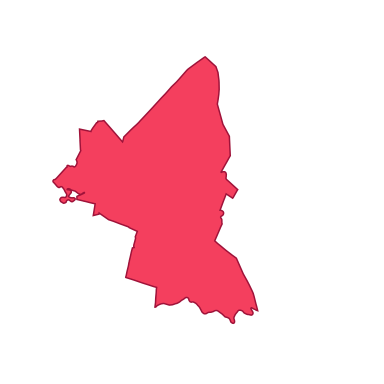 Giera, Timis, Romania, rotated 220°
{"feature_id": "2599482B15440248148719", "entity_name": "Giera", "entity_type": "district", "adm_level": 2, "iso_a3": "ROU", "parent_name": "Romania", "parent_adm1": "Timis", "projection": "natural_earth1", "projection_center": [20.968, 45.404], "detail": "fine", "context": "isolated", "style": "filled", "palette": "rose", "viewbox_px": 384, "rotation_deg": 220, "n_neighbors": 0, "source": "geoboundaries", "source_scale": "gbopen_adm2", "svg_char_len": 5889}
<svg xmlns="http://www.w3.org/2000/svg" viewBox="0 0 384 384"><g transform="rotate(220 192 192)"><path d="M304.8,114.5L304.8,114.4L304.8,113.8L305.6,112.8L305.8,112.3L305.8,112.0L305.7,111.4L305.6,111.1L305.2,110.7L304.9,110.5L301.8,110.1L299.0,109.6L297.9,109.6L297.3,109.7L297.1,109.8L296.8,109.9L296.3,110.5L296.2,111.2L296.1,111.5L295.7,112.0L295.3,112.2L294.4,112.4L293.9,112.3L293.3,112.1L291.8,111.8L291.4,111.6L290.7,111.3L289.6,110.8L287.0,109.9L286.3,109.5L286.0,109.1L285.7,108.5L285.4,107.6L285.4,107.1L285.4,106.6L285.6,106.4L286.0,106.0L287.1,105.3L287.6,104.9L288.4,104.1L288.5,103.8L288.6,103.6L288.7,103.2L288.7,102.8L288.7,102.3L288.6,102.0L288.4,101.4L288.2,101.1L287.0,100.5L286.0,100.3L285.8,100.4L283.6,100.7L283.1,100.9L282.9,101.1L282.2,102.2L281.9,103.0L281.9,103.3L282.2,103.9L282.3,104.2L282.4,104.9L282.3,105.4L282.0,106.1L281.8,106.4L281.5,106.6L281.0,106.8L280.4,106.9L278.3,107.0L278.2,107.1L277.6,107.5L277.4,107.7L277.2,108.0L277.0,109.0L276.7,110.3L276.7,110.9L276.8,111.2L277.0,111.5L277.2,111.8L277.4,111.9L278.0,111.8L278.4,111.8L278.8,111.7L279.7,110.8L280.7,110.0L281.4,109.6L282.0,109.4L282.4,109.3L283.2,109.2L283.7,109.2L283.9,109.3L284.0,109.7L284.0,110.7L284.1,111.5L284.1,112.9L284.1,113.8L284.4,114.3L284.7,114.7L285.5,115.1L286.0,115.2L286.3,115.2L286.8,115.0L287.5,114.7L287.9,114.4L288.7,113.8L288.9,113.7L289.1,113.6L289.4,113.8L289.4,114.2L289.3,114.6L289.0,114.9L288.7,115.2L288.2,115.5L287.2,115.8L286.4,115.8L285.5,116.0L282.5,117.4L281.5,117.6L278.5,117.7L277.7,117.8L276.2,118.3L275.7,118.7L275.4,119.1L275.0,120.2L274.8,121.3L274.5,122.0L274.3,122.4L274.2,122.4L273.9,122.3L273.8,122.1L274.0,121.5L275.1,119.1L275.5,118.2L276.4,116.7L277.2,115.1L277.3,114.9L277.3,114.6L275.4,112.3L269.9,115.1L269.4,115.3L267.3,116.4L262.9,118.5L258.6,120.7L255.4,115.4L252.5,110.5L249.0,115.3L249.6,116.2L238.1,117.2L233.3,119.1L226.0,121.6L218.1,124.5L217.4,124.3L215.4,124.8L208.6,126.7L206.6,121.1L206.0,120.8L205.6,120.5L204.1,117.5L202.5,114.0L201.5,112.7L200.8,112.4L200.6,112.3L201.7,110.9L200.1,107.5L197.7,102.9L196.1,99.7L195.7,98.9L195.5,98.7L194.8,97.2L193.6,95.2L193.0,94.1L190.7,89.4L188.7,85.7L188.0,84.1L187.9,84.0L187.7,84.0L180.5,87.0L170.9,90.7L166.1,92.7L160.6,94.9L157.8,96.2L156.5,94.2L154.8,92.0L151.5,87.3L148.9,83.9L146.4,80.0L146.0,80.3L145.8,80.8L145.7,81.2L145.7,81.8L145.7,82.5L145.3,83.4L144.7,84.8L143.8,86.4L143.3,87.0L142.3,88.2L141.5,88.7L136.7,90.8L135.4,92.1L134.4,93.2L133.0,95.6L132.2,96.7L132.0,96.9L131.3,98.5L131.1,99.0L130.8,100.0L130.6,100.9L130.5,101.8L130.3,102.5L129.5,104.7L129.4,105.4L129.1,106.6L129.0,107.0L128.7,107.4L128.4,107.7L127.8,108.1L127.3,108.3L127.0,108.3L126.4,108.2L126.2,108.2L125.6,107.8L124.7,107.2L124.3,107.0L123.5,106.8L123.0,106.7L122.3,106.9L121.9,107.1L121.5,107.4L121.3,107.7L121.1,108.0L120.5,108.5L119.6,108.8L119.0,108.9L117.5,109.2L115.9,109.1L115.3,109.0L114.7,108.8L113.7,108.8L112.1,108.5L110.8,108.0L108.4,107.0L107.3,106.5L105.8,106.4L105.1,106.4L104.4,106.6L103.9,106.9L103.7,107.1L103.3,107.5L102.9,108.0L102.7,108.5L102.5,109.4L102.2,110.0L101.8,110.6L100.4,111.9L99.9,112.5L98.8,114.2L98.3,115.6L98.0,116.0L97.4,116.7L97.0,117.0L96.4,117.4L95.6,117.5L95.0,117.6L93.3,117.7L90.4,117.9L86.4,117.6L85.3,118.1L84.6,118.5L83.9,118.7L82.7,119.0L82.4,119.0L81.8,118.9L81.0,118.7L79.2,117.7L78.7,117.4L77.7,117.4L76.9,117.5L76.5,117.6L75.9,118.0L75.6,118.6L75.6,118.8L75.6,119.1L75.7,119.4L75.9,119.9L76.7,120.7L77.2,121.1L78.3,121.8L78.7,122.1L79.1,122.7L79.4,123.3L80.1,125.9L80.2,127.3L80.2,129.4L80.3,130.3L80.3,130.7L80.2,131.2L80.1,131.5L79.9,131.7L79.0,132.5L78.1,132.9L77.3,133.2L76.4,133.3L75.9,133.2L74.8,132.9L74.2,132.9L73.7,133.0L71.7,133.5L71.0,133.8L70.4,134.1L70.0,134.4L69.8,134.6L68.1,135.4L67.6,135.7L67.2,136.1L67.0,136.6L66.9,137.2L67.0,137.6L67.2,138.1L67.5,138.6L68.4,139.2L71.0,140.1L71.7,140.4L72.2,140.8L72.2,141.0L72.1,141.4L72.0,141.6L69.9,142.1L69.0,142.2L68.8,142.3L68.5,142.5L67.0,142.7L66.4,142.9L65.4,143.3L69.1,146.0L71.3,147.5L77.2,151.8L80.0,153.7L82.2,154.8L88.2,157.5L92.5,159.3L100.1,162.2L115.5,169.8L121.3,169.4L128.7,169.1L134.8,169.1L139.3,169.0L143.2,169.2L146.1,178.9L147.6,183.8L148.4,186.9L149.1,187.4L149.5,187.8L150.6,189.1L151.4,190.0L151.9,190.3L152.7,190.6L153.4,190.7L153.7,190.9L154.0,191.3L154.1,191.5L154.1,192.0L153.6,193.5L153.5,194.6L153.7,195.2L153.9,195.7L154.3,196.2L154.7,196.6L155.3,196.9L155.9,197.0L156.6,197.0L157.9,196.6L158.4,196.4L158.8,196.1L161.9,204.7L162.8,207.3L163.0,208.0L164.6,212.5L156.9,213.4L156.9,214.3L157.2,215.8L158.4,222.2L158.5,223.2L165.9,223.5L170.3,223.7L173.8,223.8L174.6,224.2L174.9,224.4L175.8,225.9L176.5,226.8L176.9,227.4L177.5,227.9L178.1,228.3L178.8,228.6L179.3,228.6L179.9,228.5L180.5,228.2L180.9,227.8L181.8,226.7L182.5,225.3L182.5,225.8L183.0,228.5L183.8,232.6L184.6,237.0L185.8,243.1L186.0,244.4L186.6,245.0L199.2,258.7L211.8,263.7L229.1,275.6L231.4,279.5L234.1,283.8L237.1,288.0L241.7,293.3L243.0,294.7L249.0,300.3L249.4,300.5L253.6,303.0L254.2,303.4L268.7,304.0L269.0,303.6L269.2,302.9L271.4,294.5L273.9,284.1L274.1,283.0L274.2,281.7L274.5,268.4L274.6,266.1L275.3,259.6L275.5,250.2L275.9,244.7L276.5,230.1L277.5,211.9L277.4,211.7L277.8,207.7L278.3,204.3L278.8,199.8L279.6,190.4L277.5,186.1L277.4,185.7L296.2,188.7L305.4,190.1L306.7,188.4L309.6,185.7L309.0,184.6L309.4,184.0L309.6,183.8L309.1,176.9L308.7,174.2L308.3,173.4L318.6,167.9L317.6,166.8L315.0,164.0L311.1,159.8L311.1,159.7L304.6,152.7L303.8,152.2L301.6,142.7L301.6,142.4L299.9,141.5L299.4,141.1L299.0,140.7L298.5,139.9L298.3,139.3L298.1,138.8L297.9,137.5L297.8,137.2L297.9,136.3L298.2,135.6L298.6,135.4L298.9,135.3L299.5,135.3L300.0,135.1L300.9,134.4L301.2,134.1L301.4,133.7L301.6,133.5L302.0,133.3L302.5,133.1L303.4,133.0L303.8,132.8L304.2,132.6L304.5,132.3L304.6,132.0L304.2,131.3L303.8,130.7L304.1,130.2L304.6,116.7L304.7,114.9L304.8,114.5Z" fill="#f43f5e" stroke="#9f1239" stroke-width="1.5"/></g></svg>